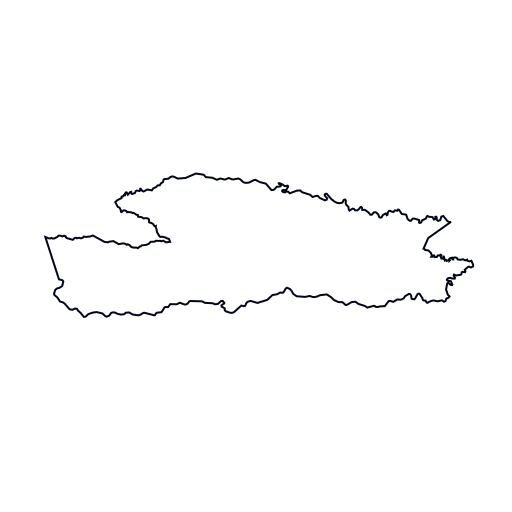 Cocalinho, Mato Grosso, Brazil, rotated 72°
{"feature_id": "56859067B28773387039389", "entity_name": "Cocalinho", "entity_type": "district", "adm_level": 2, "iso_a3": "BRA", "parent_name": "Brazil", "parent_adm1": "Mato Grosso", "projection": "mercator", "projection_center": [-51.126, -13.845], "detail": "fine", "context": "isolated", "style": "outline", "palette": "ink", "viewbox_px": 512, "rotation_deg": 72, "n_neighbors": 0, "source": "geoboundaries", "source_scale": "gbopen_adm2", "svg_char_len": 6053}
<svg xmlns="http://www.w3.org/2000/svg" viewBox="0 0 512 512"><g transform="rotate(72 256 256)"><path d="M327.1,52.6L327.1,54.7L325.7,56.5L324.7,56.4L324.8,58.4L323.1,60.0L322.8,62.7L321.6,65.2L319.9,65.6L318.9,67.0L318.6,69.3L320.2,69.5L319.9,70.2L318.2,70.1L318.0,71.8L318.5,73.0L320.0,72.9L320.3,73.5L319.7,73.3L319.3,73.7L319.6,76.2L318.5,76.6L318.6,77.8L314.6,77.5L314.4,78.0L316.4,79.0L315.6,80.5L313.4,80.4L312.4,79.6L311.8,80.2L312.3,81.4L311.6,82.9L312.8,84.3L312.3,86.4L310.5,86.4L310.3,87.1L311.3,88.3L310.9,89.5L310.2,88.6L307.2,88.7L304.0,90.3L302.6,93.2L301.1,93.8L300.8,94.4L292.1,86.6L283.8,60.0L283.6,61.5L282.1,63.1L275.9,65.5L275.8,67.5L278.8,69.7L278.9,72.0L277.2,73.0L275.5,72.3L274.4,72.4L274.2,73.3L275.9,73.9L276.3,75.5L273.5,76.1L272.3,79.1L270.9,80.6L271.1,81.3L272.8,82.7L273.5,87.1L275.1,88.6L275.2,90.1L274.6,90.6L272.2,89.8L269.3,93.9L268.9,95.5L270.4,97.9L269.8,99.1L267.6,100.4L263.1,100.4L261.0,104.4L256.3,105.7L255.7,106.5L256.6,107.6L255.5,109.8L256.6,111.6L255.7,113.3L254.5,114.4L254.2,115.6L255.3,117.1L257.5,118.3L257.6,119.0L256.0,119.1L255.6,119.7L256.3,122.8L258.1,124.6L257.9,126.0L257.0,126.8L254.2,126.9L251.7,128.3L251.1,129.2L251.0,130.7L252.5,133.0L252.1,134.5L249.4,135.5L245.8,138.1L245.0,140.7L242.9,140.3L241.9,140.8L241.8,141.5L243.3,143.8L243.9,145.7L243.2,147.6L241.7,148.1L240.8,149.4L241.7,153.1L240.6,153.5L237.9,152.9L234.9,154.4L233.5,154.4L230.9,153.4L229.8,153.9L229.8,155.3L231.7,157.1L231.9,158.3L231.6,160.2L230.4,162.6L228.4,164.6L225.1,166.8L218.7,169.5L218.4,170.3L218.6,171.6L220.0,171.9L223.2,170.5L224.3,171.4L224.4,173.2L220.5,177.4L218.0,178.6L217.5,179.6L217.3,184.0L214.6,185.5L209.6,192.4L207.4,193.6L206.5,196.7L206.8,204.5L204.6,205.7L204.2,207.1L204.4,209.1L203.5,210.5L202.3,211.1L201.8,210.8L201.6,209.5L202.3,208.4L202.4,206.8L200.1,204.1L199.4,203.9L198.9,204.2L198.5,207.0L196.4,208.5L193.9,211.2L193.9,211.9L194.6,211.8L196.4,210.3L197.2,211.0L197.3,212.3L196.5,214.8L198.3,217.9L198.5,219.4L198.1,220.9L190.2,224.3L186.9,229.5L183.4,233.0L183.2,234.5L184.0,240.0L183.4,242.9L182.0,245.2L178.2,247.3L176.8,249.0L176.2,253.8L175.4,255.5L173.4,257.7L173.7,261.3L173.5,262.4L171.3,265.9L171.4,269.7L168.1,273.3L165.5,279.3L162.5,280.7L159.0,287.7L160.0,299.0L158.2,306.5L155.0,309.9L154.4,311.2L154.4,312.9L155.4,315.5L154.5,319.5L154.8,320.3L157.0,321.7L157.5,324.0L159.0,325.6L158.5,327.8L159.6,329.8L159.9,332.8L161.4,334.8L159.2,338.8L159.9,343.0L159.0,344.0L156.3,344.9L156.3,345.4L157.8,346.0L158.2,346.6L156.9,349.2L157.2,350.5L158.6,351.5L158.8,354.2L158.6,354.9L157.7,355.2L156.4,354.9L156.3,355.9L158.1,358.9L155.6,359.3L155.3,360.0L156.0,361.2L157.4,361.4L157.8,362.0L157.2,362.9L158.2,364.2L158.0,365.4L159.4,366.1L160.0,370.5L161.3,373.2L166.5,372.3L167.8,370.9L170.5,370.4L172.2,370.8L172.7,370.3L171.7,368.0L172.1,366.7L173.2,365.4L174.6,365.1L174.6,364.2L176.0,361.0L177.0,360.2L177.2,359.0L179.9,356.9L180.4,355.7L182.2,356.0L183.7,352.7L185.5,351.4L186.0,348.8L187.3,346.8L188.4,346.5L190.5,347.2L191.3,347.0L192.2,345.3L193.9,343.9L196.0,343.4L196.7,342.7L196.6,342.0L197.8,342.5L199.9,342.3L202.5,342.8L207.5,341.7L208.3,341.1L208.5,339.6L210.5,336.2L211.3,335.7L212.9,333.5L216.0,333.3L215.2,337.3L212.7,339.6L212.7,341.7L212.1,342.2L210.6,346.8L211.0,348.0L210.0,351.9L211.2,354.0L211.5,357.0L210.6,361.3L211.2,362.7L211.1,363.8L212.1,365.9L211.2,366.8L209.9,370.5L208.2,372.4L207.2,372.4L205.6,373.9L205.1,374.7L205.4,375.4L203.6,377.1L202.9,378.6L202.3,382.9L197.8,387.0L197.0,391.3L197.3,392.4L195.8,395.7L186.1,404.8L186.2,407.8L185.3,411.9L184.3,413.7L185.1,415.1L185.1,417.1L184.1,418.4L183.8,420.9L183.1,421.5L182.8,422.9L184.0,425.2L180.5,430.4L179.4,431.1L178.5,430.9L177.4,432.3L177.6,434.1L176.4,435.5L175.7,437.6L176.5,439.2L177.0,442.6L176.5,444.1L175.6,445.0L175.7,446.3L175.0,447.9L172.8,450.5L217.2,450.6L219.5,447.4L220.6,447.1L224.7,449.6L225.5,452.7L225.4,455.4L226.2,457.4L229.4,459.7L230.7,459.8L234.1,457.7L238.7,456.5L240.5,453.9L242.1,452.7L249.0,449.8L250.5,447.2L250.0,444.4L251.0,442.6L253.0,442.1L256.1,440.3L260.7,438.6L261.0,436.6L259.6,433.9L259.4,432.0L259.4,428.4L260.1,424.9L263.2,419.8L266.5,418.0L267.5,416.9L267.4,414.2L265.5,411.5L265.3,409.9L266.1,407.7L268.0,405.8L270.0,402.5L270.6,399.3L269.7,397.3L270.5,394.1L273.6,391.3L276.1,386.1L276.1,383.9L275.3,380.9L275.5,379.7L281.0,371.0L281.0,370.2L279.8,369.1L279.3,367.8L280.2,363.6L279.9,362.7L276.7,359.0L276.5,358.2L277.4,355.3L275.3,352.4L277.4,346.3L276.9,342.9L280.0,339.0L280.5,337.5L280.1,335.7L278.6,333.6L278.5,332.4L282.4,321.4L284.8,319.0L287.6,311.7L289.2,310.0L289.8,307.0L288.1,303.3L288.4,301.6L290.8,300.6L291.3,300.9L292.2,304.1L293.5,304.3L296.2,301.9L297.9,302.5L299.3,301.8L302.1,297.9L302.7,296.4L302.6,294.3L298.6,285.2L299.9,283.2L300.0,281.6L298.1,280.1L297.0,278.3L297.0,275.1L301.1,269.1L301.2,258.8L298.2,252.4L298.9,247.7L298.2,244.3L299.1,242.5L299.1,241.2L296.0,237.6L295.8,236.3L297.8,234.0L299.9,233.0L303.7,232.2L306.9,229.7L310.1,221.8L310.6,217.3L312.6,214.6L313.1,213.1L313.4,210.8L313.1,207.2L314.3,201.1L314.8,200.2L318.3,197.4L322.0,195.4L325.4,191.7L326.6,188.1L330.4,185.8L330.5,184.3L329.4,179.3L330.2,175.6L333.2,173.4L337.1,168.0L339.4,166.0L339.8,159.3L340.1,158.6L341.1,158.2L342.1,156.2L342.2,153.9L343.5,149.0L339.9,143.8L340.1,142.4L342.0,139.6L341.0,135.1L342.1,132.4L342.3,130.4L341.8,128.4L340.3,126.7L339.3,122.3L339.9,121.2L341.2,120.7L344.8,121.2L346.1,119.0L345.7,117.9L342.4,114.4L342.0,113.3L342.5,112.1L347.5,110.8L349.3,110.9L350.3,109.9L350.8,108.6L353.0,108.1L353.5,107.4L352.9,103.7L353.1,100.9L355.2,97.3L355.6,92.9L357.6,91.3L357.4,89.7L355.3,88.0L355.2,85.8L354.2,84.4L352.3,85.5L346.6,85.6L341.3,82.7L340.8,82.1L340.9,81.3L343.6,79.8L344.3,78.5L343.9,78.1L340.2,78.4L338.8,81.2L338.0,81.8L337.3,81.7L336.5,80.2L336.7,78.2L338.1,76.3L338.9,74.0L338.3,73.5L335.9,74.1L334.9,73.4L336.4,71.6L337.1,67.0L336.4,66.0L335.1,65.4L334.8,64.6L336.0,62.2L335.4,61.6L333.6,61.7L331.9,57.8L331.9,56.7L333.3,55.2L333.1,52.9L331.6,52.2L327.1,52.6Z" fill="none" stroke="#020617" stroke-width="2"/></g></svg>